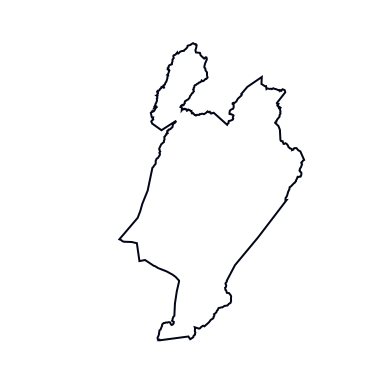 outline of Nawa, Bas-Sassandra, Ivory Coast, rotated 218°
{"feature_id": "98640826B56207519899242", "entity_name": "Nawa", "entity_type": "district", "adm_level": 2, "iso_a3": "CIV", "parent_name": "Ivory Coast", "parent_adm1": "Bas-Sassandra", "projection": "equal_earth", "projection_center": [-6.491, 5.911], "detail": "fine", "context": "isolated", "style": "outline", "palette": "ink", "viewbox_px": 384, "rotation_deg": 218, "n_neighbors": 0, "source": "geoboundaries", "source_scale": "gbopen_adm2", "svg_char_len": 6091}
<svg xmlns="http://www.w3.org/2000/svg" viewBox="0 0 384 384"><g transform="rotate(218 192 192)"><path d="M112.5,243.8L112.8,243.5L113.0,242.6L114.5,244.8L114.7,247.3L116.4,251.5L117.0,254.2L118.0,255.9L117.5,257.3L117.1,261.5L116.7,262.8L116.9,264.0L116.7,264.4L117.2,265.2L117.5,267.1L118.1,268.8L118.1,269.1L117.1,269.5L116.8,270.3L116.1,270.7L115.9,271.2L116.1,271.5L116.5,273.0L117.8,274.6L119.8,274.7L120.4,275.1L120.2,275.4L121.1,276.3L121.4,277.3L121.3,278.3L122.4,281.7L123.2,281.8L123.6,282.6L124.0,282.7L123.7,284.2L123.9,284.8L123.4,286.3L131.6,290.7L134.0,290.3L136.7,290.9L138.3,289.6L138.5,288.9L138.2,287.8L138.9,286.7L139.1,287.1L140.3,287.2L142.0,286.6L142.3,286.9L143.9,286.9L145.0,287.7L147.2,288.2L148.4,287.9L149.1,286.5L149.5,286.3L150.0,286.8L151.1,287.0L151.8,287.8L153.5,287.0L154.5,287.6L161.0,295.1L164.5,297.2L169.1,297.7L169.2,298.7L168.8,299.3L169.3,299.8L169.2,300.6L169.5,301.3L169.4,305.3L170.3,306.5L170.6,308.4L171.4,308.9L172.0,310.1L172.6,310.4L172.8,310.8L173.8,311.5L174.4,311.5L174.1,312.2L174.4,312.5L174.3,312.9L175.6,312.9L175.9,312.3L176.9,312.6L177.2,312.4L177.7,312.6L177.8,313.5L178.2,313.4L178.3,314.4L178.9,313.9L179.9,314.3L179.9,328.6L180.0,328.3L181.7,329.3L183.8,328.8L184.0,328.4L183.9,327.0L184.4,327.0L184.8,325.9L185.4,326.5L185.7,326.4L186.1,325.6L186.6,325.7L187.0,325.3L189.4,324.7L190.4,324.1L191.8,323.8L192.4,322.2L193.1,322.1L194.8,320.7L196.4,320.0L196.7,319.0L198.8,321.0L199.5,320.3L203.8,319.9L207.8,325.6L213.1,308.9L213.5,299.6L212.8,299.5L212.5,298.4L213.3,293.7L212.8,290.6L213.4,288.2L214.3,287.8L214.6,287.1L214.3,286.4L212.8,286.3L211.2,284.2L210.9,282.8L211.8,281.4L212.2,279.7L212.1,279.1L211.0,277.2L210.4,276.6L209.5,277.4L208.7,277.3L207.6,277.9L206.4,277.9L205.8,276.1L205.3,275.3L204.7,275.2L204.5,274.7L204.5,273.9L205.6,271.9L206.7,270.6L206.5,270.0L205.6,268.7L205.9,267.7L205.7,266.6L223.7,267.8L225.2,265.6L226.3,266.1L227.1,265.5L227.6,266.0L228.5,265.0L229.4,265.0L229.6,263.3L230.4,260.8L232.3,259.9L233.2,258.5L233.8,258.2L233.8,257.2L235.7,255.8L235.8,254.9L236.3,254.6L236.9,254.7L237.3,254.3L239.8,254.8L240.3,253.9L240.5,253.9L242.3,255.5L242.9,254.9L243.8,255.2L245.6,254.7L245.7,253.6L246.3,253.7L246.4,253.0L247.8,253.6L248.5,253.3L249.3,252.2L249.6,252.4L249.7,252.1L250.0,252.0L250.4,251.2L250.4,250.1L251.7,252.0L252.4,252.3L253.4,251.9L253.7,253.0L253.3,254.7L252.8,255.1L252.4,254.9L252.1,255.8L252.4,256.7L252.3,257.5L252.9,258.0L253.4,259.1L253.0,259.8L252.8,261.0L252.0,262.6L252.0,264.8L252.6,266.7L252.5,268.4L252.8,269.6L252.4,270.8L252.6,271.9L252.5,272.5L254.2,273.5L254.0,274.3L254.7,275.0L254.7,275.9L255.5,277.2L255.3,278.3L254.7,279.1L254.6,280.4L253.8,281.6L253.9,282.5L253.0,283.7L252.8,285.3L253.0,285.8L251.8,285.9L251.2,286.9L251.0,289.2L250.8,289.8L250.3,290.0L250.2,291.8L252.1,293.2L253.8,295.5L256.1,296.1L257.7,297.6L258.8,297.7L259.2,298.1L259.7,298.8L260.9,301.6L261.8,305.2L262.2,306.0L263.5,306.9L264.3,306.4L264.2,305.1L264.5,304.6L269.3,305.0L271.4,306.5L274.8,304.4L276.7,305.9L277.3,307.8L278.7,310.5L279.5,310.2L280.0,310.8L281.3,310.1L282.8,309.9L283.6,307.9L283.7,307.0L285.5,304.6L284.9,303.4L284.8,302.7L285.0,300.3L285.4,299.5L285.3,298.2L287.1,296.5L287.8,294.9L287.9,293.1L288.2,292.5L289.1,292.2L289.5,292.6L289.6,290.0L290.6,288.4L290.6,288.1L290.3,287.5L288.9,286.3L288.9,284.4L287.8,282.9L287.2,281.3L286.5,280.4L286.6,279.9L287.2,279.4L287.9,277.7L287.7,276.4L287.2,275.8L287.4,274.6L286.8,273.8L286.2,274.2L285.6,273.7L285.3,274.1L284.7,273.9L283.5,270.4L283.6,269.2L283.0,269.4L282.5,269.2L282.3,267.8L281.4,266.4L280.2,263.2L280.1,261.4L279.5,259.8L280.1,258.5L280.0,257.9L279.7,257.3L279.1,257.6L278.3,257.1L278.5,256.8L279.6,256.7L280.6,256.2L280.7,255.6L280.2,254.9L280.6,253.7L280.4,252.1L280.5,251.6L281.3,250.8L281.2,249.5L280.6,249.1L280.4,249.7L279.5,248.8L279.2,247.2L279.5,246.2L278.4,246.5L278.2,245.7L277.2,244.8L277.3,244.0L275.9,242.5L275.1,240.2L275.1,239.3L274.4,237.7L274.2,236.0L273.6,235.7L273.5,234.9L273.0,235.6L272.9,237.4L272.3,237.3L271.7,237.8L272.4,236.4L272.2,235.6L272.6,234.9L272.0,234.4L271.8,232.6L272.0,231.8L272.6,231.8L273.1,231.2L272.7,230.5L273.1,229.9L273.2,229.0L269.6,226.1L269.0,226.3L268.5,226.8L267.8,225.4L267.2,225.2L267.6,223.4L267.5,222.5L265.5,221.4L254.1,221.9L248.6,237.6L248.1,237.5L248.0,237.1L248.3,236.4L248.1,235.5L248.7,235.1L248.9,234.2L247.3,230.9L247.7,229.5L247.7,228.3L248.7,227.0L248.8,226.0L248.5,225.8L248.6,225.6L249.0,225.4L249.1,225.0L248.1,223.2L247.9,223.1L247.7,223.5L247.4,223.4L248.0,222.0L247.5,221.5L247.8,220.1L247.5,219.4L247.7,218.3L246.0,216.5L245.6,214.9L244.9,214.2L245.6,210.6L244.5,205.9L244.3,205.6L243.4,205.3L242.9,204.6L241.9,204.3L241.8,202.7L240.7,202.3L240.2,201.5L239.8,197.8L240.4,196.5L239.7,194.0L238.7,192.9L238.0,191.7L238.1,189.4L237.9,188.1L238.1,186.7L227.8,165.8L223.9,152.2L220.9,144.8L218.9,138.2L220.1,110.0L218.1,110.5L216.5,110.4L214.9,111.0L208.7,115.5L203.9,117.7L190.9,105.2L187.1,109.5L176.8,110.3L175.5,110.8L171.8,111.2L163.1,113.8L156.5,114.9L152.6,115.0L147.7,114.2L147.1,113.5L142.8,104.3L136.7,93.5L129.7,83.6L129.8,82.1L129.1,79.9L128.6,79.2L128.4,78.2L126.3,78.4L125.6,77.2L125.6,75.7L126.2,74.7L127.0,74.7L128.9,75.7L130.0,75.2L130.5,74.8L131.0,73.9L132.1,73.3L132.8,72.0L133.6,71.4L133.9,70.1L133.9,69.3L133.2,68.0L132.1,64.3L132.4,62.9L130.3,59.2L129.6,57.1L129.5,56.1L128.6,55.1L127.6,54.7L126.7,55.7L126.3,55.5L126.4,55.1L126.0,55.4L105.9,75.9L102.8,74.9L102.6,75.3L101.6,78.3L102.1,79.3L102.1,80.3L101.8,81.5L102.3,81.9L102.9,83.4L104.0,84.0L105.9,86.7L106.5,87.1L102.3,88.7L101.8,89.5L101.7,91.0L101.1,93.1L100.7,93.6L99.5,93.8L98.4,99.8L98.5,102.7L97.5,105.5L97.8,106.5L98.1,106.7L98.3,108.3L99.0,109.2L99.4,109.3L98.9,110.9L98.8,112.5L99.3,113.9L99.1,114.9L99.6,116.9L97.7,119.3L97.0,119.9L96.3,122.2L94.2,124.4L94.1,126.4L93.4,128.3L94.0,130.1L94.9,131.0L96.9,133.8L97.8,134.4L100.5,135.1L102.4,134.0L104.6,135.5L105.5,135.5L107.0,137.0L106.8,138.0L107.6,139.6L109.0,140.2L109.4,140.7L109.3,142.0L109.7,143.4L110.0,143.6L113.1,160.9L112.0,196.7L112.5,243.8Z" fill="none" stroke="#020617" stroke-width="2"/></g></svg>